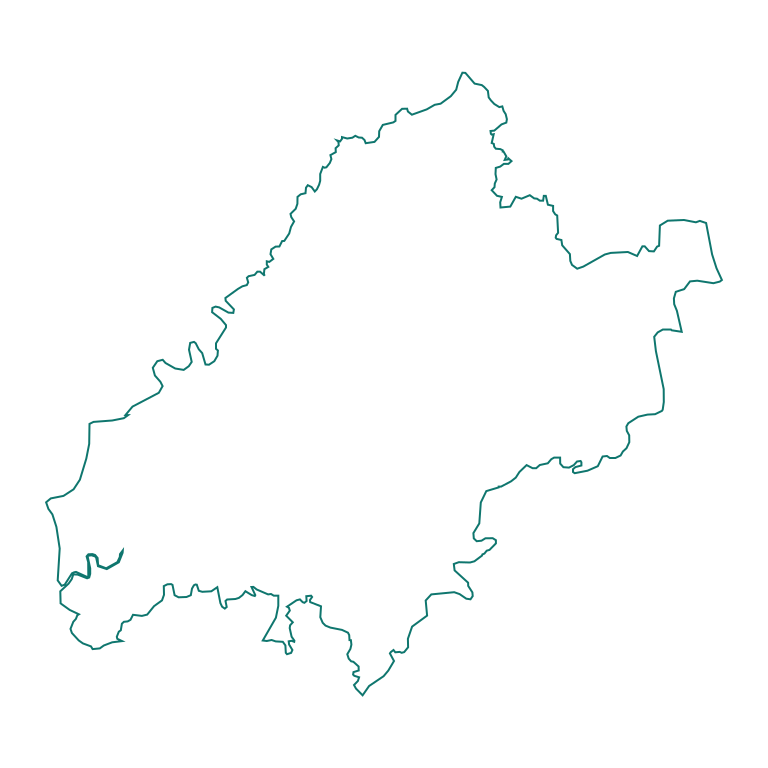 Myaungmya, Ayeyarwady, Myanmar
{"feature_id": "60261553B8294566306540", "entity_name": "Myaungmya", "entity_type": "district", "adm_level": 2, "iso_a3": "MMR", "parent_name": "Myanmar", "parent_adm1": "Ayeyarwady", "projection": "orthographic", "projection_center": [95.051, 16.62], "detail": "fine", "context": "isolated", "style": "outline", "palette": "teal", "viewbox_px": 768, "rotation_deg": 0, "n_neighbors": 0, "source": "geoboundaries", "source_scale": "gbopen_adm2", "svg_char_len": 6062}
<svg xmlns="http://www.w3.org/2000/svg" viewBox="0 0 768 768"><path d="M404.2,652.1L408.1,647.3L407.9,638.8L412.1,626.6L427.1,615.6L425.7,600.5L431.3,594.4L454.2,592.2L459.6,594.1L466.3,598.7L470.5,599.3L472.7,596.1L472.4,592.4L468.2,585.9L468.1,582.7L454.6,570.4L453.8,564.0L458.8,562.2L470.0,562.5L474.4,561.3L482.0,555.6L482.4,554.4L484.4,553.6L486.7,550.7L489.5,549.9L495.9,543.4L495.9,540.2L492.7,538.2L485.4,538.3L481.5,540.7L476.7,541.2L473.8,538.4L473.4,533.1L479.3,523.4L480.8,502.5L486.3,491.1L498.7,487.4L498.7,486.6L501.1,486.6L511.1,481.3L515.8,477.6L519.4,472.0L526.6,465.1L532.6,468.2L536.2,468.2L539.8,465.0L547.8,463.3L551.3,459.2L554.1,457.6L560.1,457.6L560.2,463.6L563.4,467.2L569.0,467.6L573.8,465.1L577.0,461.5L580.6,461.0L581.4,462.3L581.4,465.5L575.4,467.1L573.0,469.2L573.0,472.0L574.7,473.2L587.5,470.7L597.8,466.2L602.6,456.5L607.0,456.0L609.8,458.0L615.4,458.0L620.6,455.5L622.9,451.5L626.5,448.2L629.3,442.2L629.2,435.3L626.8,430.9L626.4,426.5L628.3,423.2L638.3,416.7L647.5,414.6L655.1,414.2L661.9,410.9L662.7,409.7L663.8,402.0L663.7,389.1L655.9,351.1L654.2,336.8L657.7,332.4L662.9,329.5L670.9,329.5L671.7,330.3L681.7,331.8L676.9,310.8L674.2,304.2L673.9,298.4L675.8,291.8L684.2,289.1L690.0,281.4L697.3,280.7L713.4,283.2L719.8,281.6L721.9,280.0L716.5,268.2L712.1,254.4L706.1,223.0L699.8,220.9L695.9,222.3L684.0,220.0L667.7,220.7L659.9,225.5L659.1,245.8L657.1,246.6L653.9,251.4L649.0,251.1L644.7,246.3L642.4,246.3L637.1,256.0L627.9,252.0L610.8,252.9L604.8,254.5L583.3,266.6L577.2,268.7L572.0,264.9L570.3,260.9L569.9,254.1L562.2,245.3L561.4,240.0L556.6,238.9L555.7,237.7L556.1,235.3L558.1,232.8L557.2,215.5L555.2,214.3L553.1,211.1L553.1,205.9L547.9,204.7L545.8,195.9L543.8,195.9L543.1,200.7L539.9,200.7L537.0,198.7L534.2,198.4L529.8,195.2L521.5,198.7L515.8,196.8L510.3,206.6L500.5,207.5L500.2,202.3L501.9,196.9L497.0,195.8L491.7,190.2L494.5,187.2L494.8,183.5L496.6,179.5L495.5,174.1L495.8,167.9L500.2,166.6L503.8,163.9L508.4,163.9L511.5,161.1L508.3,158.3L507.9,159.5L504.7,159.9L506.3,156.3L503.5,151.5L502.7,151.5L502.7,150.3L500.3,149.1L495.8,148.7L494.2,146.7L493.8,143.9L491.7,143.0L493.7,134.2L491.7,134.6L490.9,133.8L490.5,131.0L494.3,130.6L501.5,124.4L506.3,122.6L506.9,119.2L505.7,114.2L503.6,110.9L502.3,106.4L499.3,107.1L494.3,104.0L490.9,100.4L488.7,97.4L487.9,90.9L484.1,86.9L481.8,85.1L474.6,83.6L465.4,72.9L462.4,72.7L458.2,81.9L456.2,89.7L450.8,96.2L440.6,103.7L434.7,104.8L426.7,109.4L411.9,114.7L407.9,111.5L407.1,108.7L402.1,108.8L395.5,114.9L395.5,120.9L393.3,122.4L382.8,124.9L379.2,131.2L379.0,136.9L374.5,141.9L365.7,143.2L364.5,140.0L362.0,137.7L358.7,137.5L355.3,135.8L352.4,137.7L347.2,138.5L342.0,137.1L342.0,138.8L340.1,141.4L336.9,140.4L338.5,142.1L338.7,145.4L335.6,148.2L335.8,152.1L330.4,155.1L331.4,159.1L329.8,163.0L326.4,167.3L324.6,167.7L322.9,166.9L320.2,174.0L320.2,180.8L319.1,184.7L316.9,189.3L314.8,191.5L311.6,187.1L307.8,185.2L306.0,187.7L305.5,193.2L300.7,194.3L297.5,196.9L297.4,203.8L295.7,208.8L290.5,213.9L291.3,217.2L294.1,221.4L291.0,226.9L289.2,233.5L284.3,240.9L282.1,241.1L279.4,246.5L275.6,246.6L271.3,249.4L270.5,254.2L273.3,258.9L269.3,261.9L266.8,261.3L266.8,264.6L268.3,266.9L264.4,269.2L263.9,273.9L264.6,275.7L260.1,271.7L257.3,271.7L254.6,274.9L248.6,276.2L246.9,277.8L248.2,282.4L246.8,285.1L242.4,286.3L238.0,288.9L225.4,298.0L225.7,300.8L233.9,309.4L233.3,312.9L228.4,312.6L219.2,307.4L215.6,306.6L212.4,307.9L212.1,312.2L220.8,318.9L226.0,325.1L226.0,327.5L216.0,343.3L216.0,348.8L217.9,350.5L217.5,355.7L214.3,361.2L209.0,364.7L205.5,364.5L202.2,353.1L198.8,349.3L195.7,343.2L194.0,341.9L190.2,342.9L189.0,349.7L191.7,361.9L188.8,366.2L183.7,369.9L175.2,368.5L165.5,363.0L162.7,359.8L157.3,361.2L152.8,367.8L154.9,375.5L160.4,381.8L162.6,386.1L158.8,392.8L132.5,406.6L125.5,415.0L128.1,415.1L123.8,418.2L112.2,420.5L93.5,421.9L89.5,423.9L89.2,443.9L86.3,458.6L79.9,479.7L73.6,489.3L63.5,495.9L50.8,498.4L46.1,502.3L48.4,508.9L52.4,514.4L56.4,526.9L59.7,548.5L57.7,580.4L61.6,585.8L64.7,584.7L72.0,573.3L74.1,572.3L76.0,571.9L87.0,576.9L88.3,576.5L88.2,562.1L86.6,556.4L88.4,554.3L92.5,554.1L95.1,555.0L97.6,558.0L98.1,565.2L106.2,568.3L117.4,562.1L119.8,557.0L120.0,554.1L122.8,550.4L122.6,552.8L118.8,562.3L106.8,569.1L98.0,566.2L96.2,557.8L95.1,556.4L91.5,555.3L87.5,555.8L90.2,568.3L90.2,573.9L89.2,577.5L87.1,578.3L77.7,574.6L73.3,574.4L71.7,579.2L68.6,583.6L60.3,591.3L60.6,603.4L69.8,610.0L78.9,614.3L77.3,615.3L75.9,618.9L73.3,621.8L70.5,628.9L71.9,633.0L78.7,640.4L82.9,643.4L91.0,646.4L92.6,649.1L99.8,648.4L103.8,645.5L112.2,642.3L122.1,641.1L117.3,638.8L116.8,636.8L118.8,631.7L120.8,630.3L121.9,623.7L123.9,621.8L127.7,621.4L130.5,619.8L133.0,614.8L141.9,615.9L147.2,614.6L154.1,606.1L162.0,600.4L164.0,594.8L163.8,586.1L167.4,584.3L171.1,584.1L172.5,584.9L174.6,595.2L178.6,597.3L186.5,597.0L190.8,595.2L192.0,588.6L193.9,585.3L195.4,584.5L196.8,584.7L198.8,590.8L202.3,591.8L211.3,591.3L217.3,587.2L220.4,603.1L222.1,606.7L224.8,608.6L226.7,607.0L225.5,601.0L227.1,599.5L235.4,599.0L238.9,597.9L242.5,595.1L245.4,591.2L251.7,595.1L254.8,596.0L255.3,595.1L251.5,587.0L253.4,586.9L256.7,589.5L268.1,594.4L271.0,594.0L273.8,595.7L278.3,595.7L278.3,605.9L275.9,617.7L262.8,640.5L266.8,641.0L271.6,640.0L275.7,641.4L282.8,641.8L285.4,645.4L285.8,652.8L287.0,654.2L291.1,652.9L292.4,650.0L289.1,644.5L288.7,641.3L291.6,640.8L294.2,641.8L294.4,640.7L291.6,636.7L289.7,628.1L290.1,625.3L292.8,622.3L286.2,615.7L289.8,610.6L288.9,607.8L287.0,606.7L296.5,600.3L299.9,599.4L302.7,602.2L304.4,602.8L306.6,601.0L306.3,596.2L311.1,595.7L312.1,597.0L309.9,600.1L310.2,602.1L321.0,606.3L320.3,617.2L322.7,622.8L325.5,625.6L330.4,627.6L342.0,629.9L348.0,632.7L349.2,635.1L349.5,640.1L350.9,640.2L351.4,644.6L350.4,648.9L347.3,654.2L348.7,658.6L351.1,661.3L353.4,661.8L358.6,666.5L358.7,670.5L353.5,672.1L353.1,674.6L354.3,675.8L359.1,677.3L357.9,681.0L354.0,685.0L356.0,688.6L362.6,695.3L369.1,686.0L383.6,676.2L388.3,670.6L394.0,661.0L389.9,653.4L390.8,652.1L393.5,650.0L395.3,652.3L399.7,651.9L401.7,652.8L404.2,652.1Z" fill="none" stroke="#0f766e" stroke-width="2"/></svg>